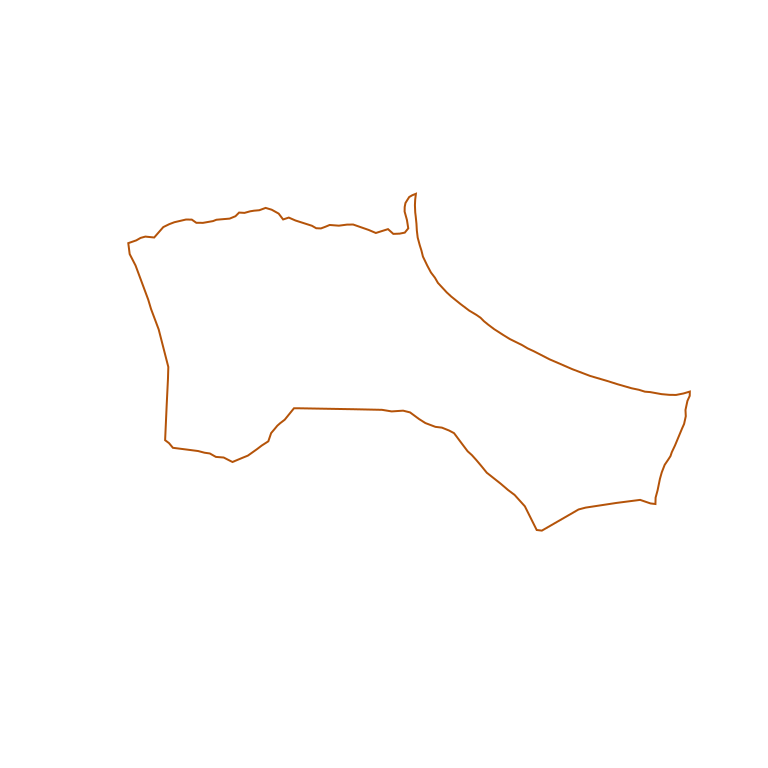 Arambaré, Rio Grande do Sul, Brazil, rotated 307°
{"feature_id": "56859067B55263390770545", "entity_name": "Arambaré", "entity_type": "district", "adm_level": 2, "iso_a3": "BRA", "parent_name": "Brazil", "parent_adm1": "Rio Grande do Sul", "projection": "equal_earth", "projection_center": [-51.555, -30.929], "detail": "fine", "context": "isolated", "style": "outline", "palette": "amber", "viewbox_px": 768, "rotation_deg": 307, "n_neighbors": 0, "source": "geoboundaries", "source_scale": "gbopen_adm2", "svg_char_len": 2264}
<svg xmlns="http://www.w3.org/2000/svg" viewBox="0 0 768 768"><g transform="rotate(307 384 384)"><path d="M555.1,295.0L551.8,293.0L548.5,291.6L544.9,291.9L541.5,292.2L537.8,294.0L534.1,296.7L528.8,303.6L522.9,309.7L517.4,309.5L513.5,306.0L509.5,301.1L510.1,294.0L505.6,290.8L499.7,286.6L497.8,279.0L492.8,263.4L489.0,258.5L483.3,252.7L478.3,244.9L474.2,242.5L470.3,240.0L467.6,236.1L467.0,231.2L461.3,214.9L459.6,207.8L454.7,204.4L456.7,197.3L455.6,189.4L453.4,183.5L447.7,179.8L444.2,175.9L441.4,173.2L436.7,169.6L433.7,165.1L428.6,164.4L423.2,161.2L417.3,154.6L414.3,151.3L411.2,149.4L403.8,142.5L399.8,137.1L399.6,131.5L396.1,126.8L387.0,119.2L382.4,116.3L376.5,113.3L362.7,112.3L358.1,104.7L354.2,101.7L349.6,99.7L342.6,95.0L334.7,102.7L329.1,114.3L309.5,144.9L303.7,152.8L292.0,171.2L267.8,201.5L258.2,208.3L240.4,220.4L235.4,223.8L207.4,243.0L207.4,247.9L206.0,253.8L214.0,267.8L218.6,275.9L221.1,282.0L223.7,286.7L224.6,293.6L228.8,300.2L230.5,309.9L240.4,315.7L244.9,318.4L255.6,321.8L261.3,323.4L268.6,326.1L276.9,323.4L282.0,323.7L286.5,323.9L290.4,324.7L295.7,326.2L310.4,326.7L313.0,330.1L345.7,375.1L362.2,398.0L366.7,406.6L374.2,415.3L377.0,421.9L377.1,432.9L377.7,440.5L380.7,450.8L384.0,456.5L386.0,463.9L386.9,469.5L383.2,482.2L380.6,491.3L380.1,497.0L378.8,503.6L377.2,510.6L375.0,519.5L374.8,528.6L374.6,537.2L374.0,546.6L374.0,555.1L371.1,570.1L359.3,593.8L361.9,598.3L400.9,614.9L406.6,619.4L428.9,641.2L445.6,658.3L449.0,668.7L451.5,673.0L456.7,669.3L463.7,666.5L474.2,661.5L480.6,659.0L488.4,656.8L494.5,656.5L498.8,656.2L502.7,654.9L510.0,653.4L527.9,648.8L532.7,647.7L539.9,644.4L544.7,640.4L553.1,636.5L558.5,635.3L562.0,632.8L556.7,628.9L551.0,623.8L547.0,618.3L542.9,611.7L537.7,601.4L534.9,597.0L532.8,591.1L529.6,584.3L524.5,571.0L520.6,560.0L514.5,543.8L512.3,536.2L509.2,525.6L503.3,501.2L500.3,483.8L498.9,477.3L498.2,471.0L496.7,463.1L495.6,457.2L494.9,449.8L494.1,439.0L494.1,431.7L494.3,426.0L495.0,421.3L494.8,416.2L493.9,408.0L493.9,397.1L494.1,391.4L494.3,385.1L494.9,379.0L496.0,372.9L497.2,366.2L499.5,360.8L501.3,354.4L504.6,347.3L509.2,338.4L513.1,333.6L516.3,329.1L521.2,322.8L526.3,317.9L531.6,313.4L536.9,308.5L539.8,305.7L545.4,301.1L550.1,297.9L555.1,295.0Z" fill="none" stroke="#b45309" stroke-width="2"/></g></svg>